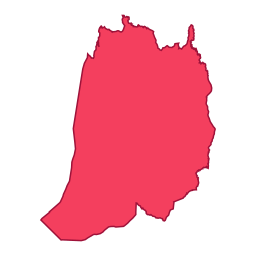 Santa Rosa, Bolívar, Colombia
{"feature_id": "7082276B66298058490333", "entity_name": "Santa Rosa", "entity_type": "district", "adm_level": 2, "iso_a3": "COL", "parent_name": "Colombia", "parent_adm1": "Bolívar", "projection": "equal_earth", "projection_center": [-75.336, 10.472], "detail": "fine", "context": "isolated", "style": "filled", "palette": "rose", "viewbox_px": 256, "rotation_deg": 0, "n_neighbors": 0, "source": "geoboundaries", "source_scale": "gbopen_adm2", "svg_char_len": 5748}
<svg xmlns="http://www.w3.org/2000/svg" viewBox="0 0 256 256"><path d="M122.4,15.4L123.0,16.9L123.1,17.6L122.9,18.2L122.4,18.8L122.2,19.7L122.6,21.4L122.6,22.6L124.7,25.7L123.4,29.5L122.5,31.2L121.5,31.9L120.4,31.9L118.6,30.8L117.2,30.8L116.4,31.4L113.2,31.8L112.6,31.6L112.2,32.1L110.5,30.5L109.5,30.3L109.3,29.7L108.9,29.3L107.7,29.6L105.4,28.4L104.5,26.8L103.7,27.5L102.8,27.5L102.3,27.9L101.4,26.1L100.8,26.3L100.7,26.6L101.0,27.2L100.8,27.7L99.9,27.5L99.2,29.1L98.7,31.1L98.8,31.9L99.6,32.6L99.8,33.1L99.7,35.9L99.2,37.1L98.5,37.4L98.5,40.4L98.1,40.8L98.5,42.2L98.5,44.8L99.1,46.9L98.2,44.9L98.3,42.2L97.9,40.9L97.7,41.0L97.3,42.1L96.9,42.4L97.0,43.4L96.5,45.9L96.0,46.4L96.1,49.1L95.6,50.3L95.0,50.7L94.4,51.6L93.8,55.8L94.0,56.4L94.0,56.9L93.4,58.3L92.6,58.0L91.9,58.2L91.6,57.8L91.1,57.8L90.4,56.3L89.3,55.7L87.7,53.9L87.4,57.6L84.4,63.3L82.8,68.9L73.3,128.6L74.9,142.3L75.5,148.9L74.3,154.9L72.8,159.0L71.9,162.1L71.6,167.8L69.5,181.2L67.2,185.5L65.8,189.2L63.5,194.2L62.9,196.5L60.5,201.7L59.8,202.7L57.3,204.9L49.3,211.9L49.5,212.4L42.0,218.5L40.9,220.0L61.1,240.0L61.9,239.8L81.3,240.6L85.3,239.6L87.8,237.8L93.3,234.6L94.6,234.3L96.5,234.5L100.3,233.6L103.0,231.9L104.4,230.3L108.6,226.9L110.9,226.5L114.0,226.4L115.8,227.0L123.4,226.4L124.3,225.9L127.7,223.1L129.9,220.7L132.8,218.1L135.8,214.6L135.8,211.9L136.2,203.0L137.2,203.3L137.9,204.5L139.0,205.5L140.4,206.0L140.8,207.3L142.0,208.9L142.8,208.1L143.2,208.9L144.4,210.0L145.1,210.2L145.6,211.0L146.0,211.2L146.3,211.8L146.3,212.2L146.1,212.6L146.3,213.5L147.4,214.6L148.6,214.6L149.4,215.0L150.0,214.9L150.2,215.1L150.9,214.6L152.9,216.3L153.9,216.3L155.2,216.9L156.1,218.0L157.0,217.8L157.9,218.2L160.3,217.8L161.5,218.6L162.4,218.6L162.7,219.1L162.9,220.1L163.2,220.6L164.5,220.9L165.3,220.2L166.4,217.2L168.6,215.1L169.5,212.0L170.3,210.1L171.0,209.7L173.2,208.9L173.9,202.6L173.7,201.9L183.2,198.1L183.5,197.4L184.9,196.5L186.2,194.4L186.8,194.3L186.8,193.3L187.3,193.6L189.0,191.6L190.8,190.6L191.7,190.5L192.1,190.1L192.6,190.3L193.1,189.8L193.8,190.0L194.6,189.8L196.4,189.8L196.2,187.7L197.1,186.2L197.6,186.2L198.6,183.1L198.6,182.1L198.3,181.2L198.2,179.8L197.8,179.4L197.8,178.9L198.2,178.7L197.8,178.1L198.1,177.5L196.9,177.0L196.9,175.8L197.1,175.6L196.5,175.1L196.4,174.3L195.9,173.1L196.8,172.4L197.0,171.7L197.5,170.9L197.9,170.6L198.7,171.1L198.9,169.9L199.8,169.9L200.1,170.2L200.4,169.8L201.4,169.1L202.4,168.6L202.8,168.7L203.0,167.8L203.9,167.3L204.9,167.7L205.8,167.2L206.1,167.4L206.2,166.8L206.5,166.7L206.6,166.8L206.6,167.4L206.9,167.4L207.0,166.8L207.2,167.0L207.2,167.8L207.6,168.0L207.7,167.3L207.9,167.3L208.2,167.7L208.4,165.6L208.0,164.2L208.3,164.2L208.4,163.7L208.1,163.3L208.6,162.3L208.4,160.7L208.8,160.0L208.4,159.1L208.9,159.1L209.0,158.8L208.8,158.6L207.9,155.4L208.4,152.8L208.4,152.3L208.8,152.4L209.0,151.6L209.0,150.7L209.5,150.0L208.9,149.3L208.4,147.8L208.8,146.9L210.7,144.9L211.0,144.4L211.0,142.7L212.1,141.1L212.3,139.4L213.1,138.1L213.6,135.5L214.3,133.9L214.4,131.9L215.1,129.4L215.1,128.9L214.5,127.9L213.4,126.7L210.2,121.6L209.1,118.2L208.4,116.8L207.8,114.7L208.2,113.9L208.6,111.6L207.6,109.3L207.6,106.7L206.4,104.5L206.1,103.4L206.7,100.4L206.6,98.7L206.8,97.5L206.3,97.0L206.4,96.8L208.1,94.6L209.4,93.5L210.9,91.7L211.4,90.8L211.7,88.0L211.0,84.9L208.9,81.3L208.2,79.5L207.8,76.9L208.1,75.4L207.7,75.1L207.6,74.2L207.6,73.6L207.8,73.5L207.6,73.0L207.6,71.3L207.3,71.3L207.1,70.6L206.5,70.8L205.8,70.1L206.0,68.7L205.8,67.6L205.3,66.7L205.7,65.9L205.5,64.2L204.7,63.5L203.5,63.7L203.4,63.0L202.9,62.5L202.7,63.0L201.9,62.9L201.0,63.8L200.5,62.5L199.7,62.9L199.3,62.8L200.0,61.7L199.6,60.4L199.1,60.0L200.0,58.4L200.4,58.3L200.6,57.6L200.2,55.8L200.3,54.9L200.0,54.6L199.8,55.7L199.5,55.1L199.7,54.9L199.3,54.6L199.2,54.9L198.7,54.1L198.3,54.4L198.0,54.9L197.7,54.9L197.4,54.5L197.5,53.0L197.2,52.3L197.3,51.5L196.8,51.2L196.8,50.7L196.6,50.3L195.9,50.9L195.6,50.4L195.9,50.2L195.9,49.8L196.3,49.7L196.4,49.4L196.0,48.4L195.4,48.6L195.0,48.5L194.7,49.3L194.0,49.3L193.9,49.0L194.1,48.5L193.9,48.2L193.6,48.5L193.5,48.0L193.0,47.9L192.3,48.5L191.6,47.9L191.5,47.6L192.1,46.7L192.1,46.3L191.0,46.4L190.8,46.2L190.9,45.3L191.5,45.3L191.8,44.7L190.7,44.1L190.6,43.7L191.2,42.7L190.5,42.2L190.4,41.5L190.8,41.5L190.9,40.9L191.4,40.9L191.6,40.2L192.4,40.4L193.6,40.0L193.8,39.8L193.7,39.1L193.9,38.5L193.3,37.8L193.8,37.3L194.0,36.1L193.7,34.0L194.1,33.4L193.5,31.8L193.4,30.7L193.5,30.4L193.8,30.5L193.9,30.3L193.7,29.1L193.1,28.8L192.8,28.3L193.0,27.0L192.8,26.0L192.3,25.4L191.3,24.9L190.9,25.2L190.7,26.0L189.2,27.5L189.1,29.0L188.9,29.9L188.5,30.7L188.5,31.1L189.0,31.7L189.1,32.2L188.6,32.9L188.5,33.2L188.9,33.6L188.9,35.0L188.7,36.3L188.0,37.7L188.3,39.4L187.6,41.1L187.2,43.1L186.8,44.1L185.8,45.0L185.4,45.6L184.4,45.9L183.5,46.4L181.8,48.8L181.6,49.0L180.8,48.5L179.9,48.2L178.8,48.6L179.1,47.4L178.5,46.1L178.2,44.5L178.7,43.2L175.0,43.7L174.4,45.7L173.5,46.6L172.6,46.9L172.0,47.5L169.2,47.3L167.3,45.7L166.9,45.8L164.7,47.6L162.8,47.9L162.6,48.7L161.3,50.4L160.0,49.9L159.1,48.8L157.9,48.1L157.7,46.5L157.0,44.4L155.7,42.5L156.0,40.2L154.6,37.4L153.1,33.2L153.6,31.6L152.4,30.7L149.3,29.3L148.2,28.2L146.8,28.6L146.8,27.7L146.3,27.9L145.4,26.9L144.5,26.4L144.2,26.5L143.5,27.6L143.2,27.6L142.9,27.3L142.8,26.6L141.8,26.3L140.5,26.5L138.4,24.9L138.2,25.1L138.4,25.8L138.2,26.0L137.8,25.8L137.7,26.7L136.3,26.9L134.3,26.3L133.8,27.2L133.9,26.3L133.5,26.0L133.3,26.2L133.2,25.6L132.4,25.4L132.1,26.0L132.1,25.5L131.5,25.1L131.8,24.5L131.3,24.7L131.1,24.5L131.2,23.2L129.7,23.4L128.6,23.1L127.8,20.7L128.0,20.2L128.5,20.0L129.1,19.3L129.0,17.2L128.6,16.9L127.7,17.4L127.5,16.8L126.8,16.5L125.9,17.2L124.9,17.1L124.4,16.7L124.3,15.8L123.9,15.4L122.4,15.4Z" fill="#f43f5e" stroke="#9f1239" stroke-width="1.5"/></svg>